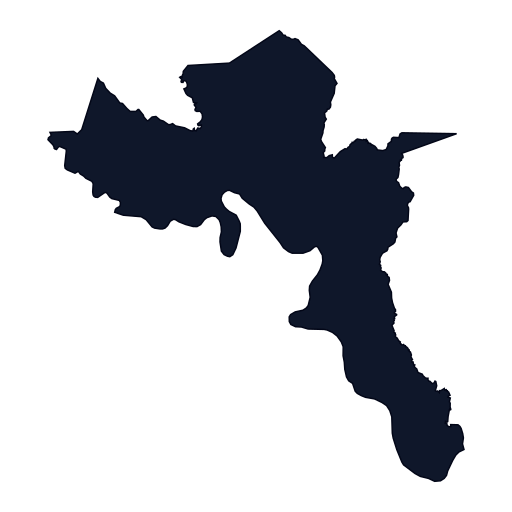 Curillo, Caquetá, Colombia
{"feature_id": "7082276B48734623734684", "entity_name": "Curillo", "entity_type": "district", "adm_level": 2, "iso_a3": "COL", "parent_name": "Colombia", "parent_adm1": "Caquetá", "projection": "natural_earth1", "projection_center": [-75.944, 1.028], "detail": "fine", "context": "isolated", "style": "filled", "palette": "ink", "viewbox_px": 512, "rotation_deg": 0, "n_neighbors": 0, "source": "geoboundaries", "source_scale": "gbopen_adm2", "svg_char_len": 6049}
<svg xmlns="http://www.w3.org/2000/svg" viewBox="0 0 512 512"><path d="M279.2,30.7L229.4,63.1L188.0,65.5L183.3,71.3L183.1,73.9L182.2,75.5L182.2,77.2L180.9,76.6L179.7,77.3L181.8,79.6L181.8,80.4L181.0,81.1L181.4,82.3L183.0,82.4L183.7,80.8L184.3,80.6L185.8,81.0L186.6,82.1L187.3,84.3L187.3,86.6L186.0,88.0L183.9,88.9L186.0,93.5L187.6,95.3L192.3,97.8L193.5,102.5L196.7,102.9L196.2,103.7L194.8,103.9L194.2,104.9L196.1,107.5L195.0,109.3L195.2,110.6L196.7,111.4L200.2,111.3L202.1,113.9L202.5,116.9L202.0,119.5L200.3,121.8L197.6,123.9L197.9,125.1L198.7,125.7L201.4,125.0L201.4,126.9L200.3,128.5L197.8,128.0L196.2,130.9L194.7,130.6L194.2,128.3L193.3,129.0L192.9,131.0L192.3,131.0L190.1,130.6L184.6,127.8L175.5,125.9L172.6,123.6L170.2,124.6L168.4,124.6L163.4,121.1L160.2,120.1L155.9,116.5L152.1,117.0L148.1,120.7L147.0,120.6L143.9,117.0L143.3,115.1L138.8,109.5L138.0,109.5L136.0,111.4L130.1,111.4L126.9,108.5L122.5,103.5L119.8,103.0L114.6,95.8L110.2,93.1L105.7,88.3L103.4,83.1L100.2,81.4L97.9,78.4L81.7,129.7L77.3,134.0L73.6,131.4L50.0,132.4L51.2,134.9L50.9,135.9L48.5,137.8L48.0,139.7L52.9,144.8L54.2,147.2L54.0,148.0L54.9,149.0L56.5,149.5L58.3,147.1L59.6,146.4L66.1,149.2L66.3,151.1L64.7,165.6L65.2,168.3L67.3,169.9L75.0,173.2L78.3,171.3L80.3,174.0L83.7,176.1L85.9,178.3L91.9,181.3L93.2,183.7L92.7,191.9L93.1,195.0L94.0,196.4L95.4,197.2L97.7,197.4L104.4,192.8L105.9,192.4L107.1,193.3L109.8,197.1L111.8,198.6L119.3,200.4L120.4,202.4L120.3,205.4L119.4,206.7L116.3,208.3L115.3,209.7L114.7,212.3L123.3,215.2L141.2,216.7L146.2,219.7L152.1,226.9L154.6,228.1L159.9,228.9L162.6,228.9L165.0,228.1L167.5,225.7L170.2,221.2L173.5,219.3L175.4,219.6L178.9,221.8L185.7,224.5L193.1,226.5L197.0,226.6L200.6,224.6L204.3,219.7L206.8,217.7L212.0,215.9L215.9,216.5L219.1,219.7L220.3,222.6L221.2,226.9L221.4,231.9L220.1,237.6L220.0,241.9L221.4,251.1L224.1,254.6L227.4,256.2L229.8,256.7L232.8,254.7L236.0,248.0L240.3,231.3L240.3,226.1L240.2,223.7L239.2,221.1L236.2,215.2L229.1,211.4L226.4,209.1L224.3,206.9L221.3,201.1L221.0,198.4L222.1,194.7L224.5,192.1L227.3,190.5L229.5,190.3L234.5,192.7L239.6,194.0L242.2,198.2L249.2,204.0L253.9,207.1L257.1,210.9L264.7,223.2L280.1,242.6L283.5,247.8L288.5,251.6L292.2,253.2L303.0,253.2L310.0,250.7L314.7,246.7L316.9,246.4L318.0,247.4L322.4,255.2L322.8,260.7L322.2,264.0L320.0,270.0L317.4,274.8L312.4,281.1L309.6,286.1L309.3,290.4L310.2,297.3L308.2,305.5L306.3,308.0L303.0,310.2L295.2,311.9L290.6,314.6L289.2,316.9L289.3,321.6L290.9,324.5L295.5,326.7L301.4,327.0L308.1,329.0L324.1,329.4L327.1,330.0L332.5,332.4L337.1,336.0L341.3,341.9L343.2,346.7L343.1,355.8L344.3,362.1L344.8,369.4L346.5,376.9L348.7,380.8L352.6,383.4L355.2,391.2L357.3,393.4L361.3,395.6L365.5,397.3L374.5,398.9L382.0,402.5L386.6,405.6L389.8,410.6L391.8,416.8L392.3,433.2L393.2,438.1L396.8,449.6L401.9,462.1L403.6,464.9L415.0,473.5L420.3,476.4L428.5,478.4L434.6,481.3L440.5,480.8L444.2,478.4L446.5,475.4L447.7,470.9L452.7,460.4L455.8,455.1L458.9,452.0L464.0,449.5L462.5,443.9L463.4,437.9L462.7,433.6L461.1,428.4L459.9,426.4L458.0,424.8L450.7,424.6L450.8,426.6L448.9,426.7L447.2,425.6L446.8,423.6L445.2,423.2L445.5,421.3L447.0,422.1L447.7,421.6L448.1,416.5L449.4,409.5L449.7,409.0L450.6,409.7L450.8,409.3L450.1,407.0L450.2,403.2L449.4,401.8L450.3,398.0L447.9,397.1L448.4,396.0L450.0,395.3L448.6,392.0L447.6,391.5L447.4,390.7L446.2,390.7L446.2,389.7L444.6,390.0L444.3,388.5L440.9,390.6L439.5,390.6L439.3,392.6L437.5,391.0L436.3,391.3L435.3,390.6L436.7,385.8L435.8,381.5L435.0,381.1L434.0,383.0L432.2,383.6L429.9,381.3L428.9,381.2L427.7,379.2L428.0,378.3L425.6,378.1L423.0,375.7L422.3,374.2L418.0,372.5L416.7,368.9L414.4,367.0L414.7,364.9L413.7,365.0L413.0,361.9L411.9,362.0L411.7,359.9L412.4,359.5L410.9,356.8L411.4,355.0L410.4,352.0L409.3,351.3L409.1,349.9L408.3,349.9L408.0,348.4L406.5,346.9L405.7,346.9L405.4,345.7L404.4,345.6L403.6,344.5L402.2,345.0L400.8,344.4L400.9,343.6L400.0,343.1L400.3,341.9L398.6,340.7L397.2,338.1L395.3,336.7L395.7,334.8L395.1,334.0L395.3,333.1L393.8,332.3L394.1,330.7L391.9,325.3L394.0,323.0L393.5,321.6L394.3,320.4L393.7,319.1L394.7,318.7L394.3,316.7L396.6,315.0L396.6,314.4L394.3,313.2L394.4,312.3L395.5,311.4L395.5,309.7L394.4,308.2L392.5,302.6L391.6,298.1L391.4,292.2L388.1,284.4L389.5,280.3L389.1,277.4L387.5,276.4L387.3,274.5L386.3,274.7L386.0,273.3L384.4,271.8L382.6,271.7L380.6,270.3L381.1,267.9L380.4,266.4L380.7,265.3L379.4,264.3L380.2,261.8L379.7,259.8L380.1,257.4L382.1,253.9L383.0,252.9L386.9,250.8L387.8,249.0L387.9,247.3L393.3,243.8L394.9,242.0L395.6,238.2L396.9,236.9L396.0,232.9L397.6,228.1L400.9,224.9L403.0,221.9L406.7,221.7L408.0,220.5L408.6,209.4L408.5,207.8L407.3,205.4L407.8,203.3L408.9,202.0L410.1,201.7L413.7,195.3L413.4,193.0L411.6,191.8L408.4,187.5L405.8,186.9L404.2,187.5L403.2,188.7L401.7,188.1L399.8,186.3L398.5,182.6L397.1,181.8L396.1,180.4L396.2,179.1L397.9,177.5L398.5,174.8L399.2,169.0L398.8,167.3L399.5,165.3L399.1,162.4L400.3,160.9L400.4,160.0L401.4,160.2L401.7,158.2L402.7,157.9L403.1,157.2L402.7,155.1L401.6,153.4L456.6,133.7L401.9,132.8L400.1,133.9L398.9,137.6L393.4,137.3L392.2,138.0L391.5,139.1L391.3,141.4L388.0,143.8L387.9,145.9L386.2,149.5L382.8,150.6L377.3,149.9L376.7,148.4L374.9,146.3L372.2,144.8L371.3,145.2L371.0,143.9L370.1,143.3L368.9,143.4L368.6,142.6L368.0,143.1L367.4,140.7L366.4,141.1L366.7,140.2L366.1,139.3L365.4,139.9L363.5,139.5L362.8,140.1L357.3,139.0L355.6,140.2L355.4,141.2L354.4,141.1L353.4,142.7L352.2,142.3L352.0,143.0L350.1,144.7L349.6,146.6L348.3,147.1L346.7,149.1L345.0,148.7L340.3,151.6L334.2,158.2L332.4,157.1L332.3,154.8L329.2,155.6L326.9,157.6L323.8,157.5L324.1,156.3L323.2,152.6L324.7,151.0L324.8,148.9L325.4,147.6L321.5,141.6L320.7,139.3L322.9,132.9L323.0,130.7L324.1,127.0L324.3,124.5L323.8,123.0L326.3,119.1L325.1,117.2L324.5,112.9L326.7,111.1L327.4,109.1L328.9,109.1L330.4,107.2L330.8,104.8L330.4,102.0L334.2,93.3L335.0,85.8L337.0,83.4L334.2,78.5L334.6,77.2L334.3,75.4L332.1,72.5L304.2,45.8L301.4,44.3L298.1,39.8L295.0,38.6L293.3,39.3L291.5,39.3L288.8,37.5L286.3,37.0L285.1,35.3L283.2,35.2L281.6,32.8L279.2,30.7Z" fill="#0f172a" stroke="#020617" stroke-width="1.5"/></svg>